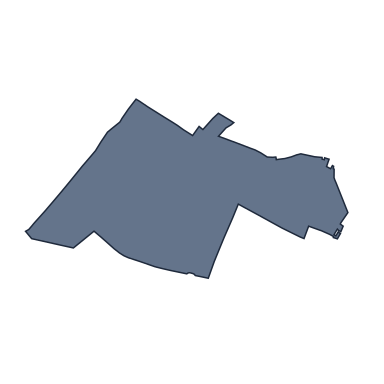 Bab Al-Shariyya, Al Qahirah, Egypt, rotated 190°
{"feature_id": "37247803B36275264085145", "entity_name": "Bab Al-Shariyya", "entity_type": "district", "adm_level": 2, "iso_a3": "EGY", "parent_name": "Egypt", "parent_adm1": "Al Qahirah", "projection": "albers", "projection_center": [31.258, 30.059], "detail": "fine", "context": "isolated", "style": "filled", "palette": "slate", "viewbox_px": 384, "rotation_deg": 190, "n_neighbors": 0, "source": "geoboundaries", "source_scale": "gbopen_adm2", "svg_char_len": 1941}
<svg xmlns="http://www.w3.org/2000/svg" viewBox="0 0 384 384"><g transform="rotate(190 192 192)"><path d="M62.7,248.1L65.2,248.4L67.3,248.7L67.3,248.0L67.3,246.8L69.5,246.9L69.7,247.8L69.9,248.6L77.3,248.0L91.4,248.5L92.4,248.1L93.6,247.5L95.3,246.8L100.2,243.9L106.3,241.1L111.9,239.4L114.6,238.5L115.0,239.8L115.5,241.0L118.5,240.2L123.9,239.5L131.1,242.5L137.2,244.4L142.4,245.3L158.9,248.5L159.8,248.7L160.7,248.8L175.6,251.5L169.6,261.1L165.3,264.8L162.9,267.6L166.6,269.1L179.7,274.1L184.3,268.0L192.1,255.4L196.4,257.8L201.2,247.7L211.2,251.8L218.0,255.1L223.8,257.5L232.9,261.1L250.6,268.3L259.5,272.3L261.4,273.0L263.2,273.7L265.6,269.2L269.0,262.7L273.7,252.4L274.3,250.7L274.9,249.1L275.3,248.2L282.8,239.6L284.2,237.9L285.6,236.3L290.4,225.5L294.2,215.9L298.4,208.7L304.4,198.6L314.0,181.3L318.6,173.2L319.3,172.0L320.0,170.7L327.1,158.5L333.6,147.5L341.4,135.0L342.6,133.0L343.7,131.0L346.2,126.8L347.6,125.6L349.1,124.4L341.8,118.2L311.1,116.8L299.1,116.3L281.7,136.4L273.8,131.8L261.1,124.0L260.3,123.5L259.5,123.0L258.7,122.5L257.9,122.1L257.0,121.6L256.6,121.4L255.8,121.0L252.9,119.4L248.0,117.4L245.6,116.8L243.6,116.3L242.5,116.1L231.1,114.5L215.6,112.0L215.1,112.0L214.5,111.9L207.3,111.4L199.6,111.0L182.9,110.5L181.9,111.5L180.8,112.0L179.8,112.1L176.7,111.8L175.3,111.3L175.1,111.0L174.2,110.3L169.9,110.2L161.0,109.9L158.0,127.5L154.5,143.6L152.4,153.1L147.5,173.4L144.3,188.1L137.5,185.8L125.5,181.8L97.0,172.1L77.8,166.5L73.6,165.6L71.2,178.6L61.3,176.9L59.7,176.6L58.1,176.4L48.8,174.1L44.9,172.7L44.9,171.7L40.7,171.1L38.6,176.9L40.5,177.7L41.1,178.0L42.7,173.8L44.7,174.6L42.4,180.7L40.8,179.5L40.0,179.3L38.5,178.8L37.2,184.6L38.8,185.4L40.4,186.2L40.1,187.4L34.9,198.8L40.4,207.7L51.5,225.7L53.6,228.9L54.1,229.9L54.7,230.9L54.7,231.3L56.0,239.2L56.9,239.4L57.0,241.9L58.3,242.4L59.1,240.2L59.6,239.0L63.9,240.4L63.6,242.4L63.3,244.5L62.7,248.1Z" fill="#64748b" stroke="#1e293b" stroke-width="1.5"/></g></svg>